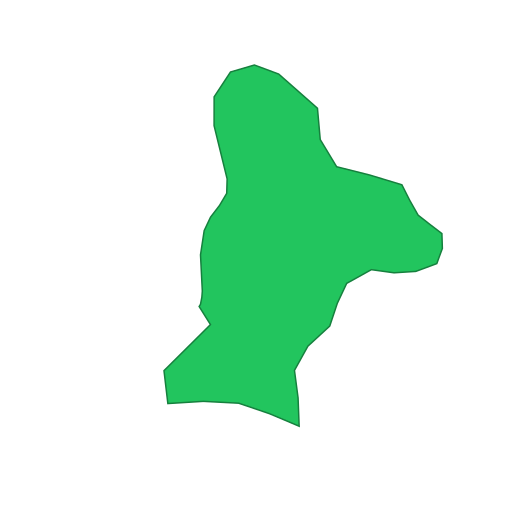 an SVG outline of Qubadli, rotated 52°
{"feature_id": "AZE-1736", "entity_name": "Qubadli", "entity_type": "District", "adm_level": 1, "iso_a3": "AZE", "parent_name": "Azerbaijan", "parent_adm1": "", "projection": "orthographic", "projection_center": [46.627, 39.307], "detail": "fine", "context": "isolated", "style": "filled", "palette": "green", "viewbox_px": 512, "rotation_deg": 52, "n_neighbors": 0, "source": "natural_earth", "source_scale": "10m", "svg_char_len": 706}
<svg xmlns="http://www.w3.org/2000/svg" viewBox="0 0 512 512"><g transform="rotate(52 256 256)"><path d="M260.8,331.9L259.9,329.5L255.2,324.1L250.6,319.9L220.9,299.0L204.1,281.2L197.4,267.9L193.7,253.6L188.6,240.5L177.5,231.3L127.5,208.8L104.8,191.0L95.3,162.8L104.5,139.7L126.6,126.1L177.4,116.6L203.8,133.7L235.3,137.5L262.4,116.4L289.7,97.2L306.8,100.6L323.6,103.1L338.2,99.5L352.8,95.7L364.8,104.5L369.6,112.3L373.3,118.2L371.1,125.2L366.5,139.6L354.2,157.6L337.8,173.5L333.4,201.4L343.3,221.0L356.6,241.0L359.0,270.6L369.8,296.1L393.7,310.2L416.7,326.8L388.5,342.5L361.3,360.3L338.1,387.0L318.0,416.3L289.7,399.1L282.0,334.1L260.8,331.9Z" fill="#22c55e" stroke="#15803d" stroke-width="1.5"/></g></svg>